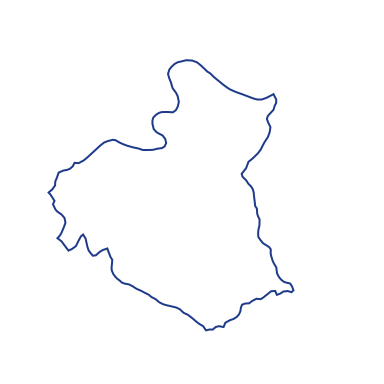 the district of Bariri, São Paulo, Brazil, rotated 113°
{"feature_id": "56859067B75550214220270", "entity_name": "Bariri", "entity_type": "district", "adm_level": 2, "iso_a3": "BRA", "parent_name": "Brazil", "parent_adm1": "São Paulo", "projection": "orthographic", "projection_center": [-48.72, -22.06], "detail": "fine", "context": "isolated", "style": "outline", "palette": "blue", "viewbox_px": 384, "rotation_deg": 113, "n_neighbors": 0, "source": "geoboundaries", "source_scale": "gbopen_adm2", "svg_char_len": 2835}
<svg xmlns="http://www.w3.org/2000/svg" viewBox="0 0 384 384"><g transform="rotate(113 192 192)"><path d="M75.7,221.5L75.2,224.9L73.8,228.5L71.9,233.6L70.7,238.1L70.9,243.1L72.9,248.7L78.2,255.9L81.0,258.1L84.9,259.8L88.1,260.7L92.7,260.2L96.2,257.4L98.7,254.8L104.1,250.3L106.9,245.5L109.3,242.7L114.2,239.3L119.0,238.5L122.9,238.8L126.1,240.7L128.0,246.0L130.2,251.0L132.0,253.2L134.8,255.2L138.5,256.7L141.5,256.4L144.6,255.1L149.0,251.9L150.8,248.0L151.2,244.9L151.4,241.3L153.6,237.4L157.0,234.9L160.7,235.0L163.3,236.8L165.8,241.0L168.4,244.3L170.7,249.3L172.6,253.7L172.8,257.9L173.9,263.5L174.8,270.6L174.9,274.8L174.8,278.0L174.2,282.5L174.9,285.3L178.1,289.5L180.9,292.3L184.9,294.5L201.4,302.0L205.2,304.0L209.7,307.6L211.1,311.5L214.9,311.8L218.1,313.3L220.4,315.5L222.5,318.8L226.2,322.3L232.8,321.9L235.6,322.0L239.5,320.6L244.1,321.6L248.5,323.8L249.9,320.9L253.9,315.1L257.6,315.2L261.4,310.9L262.7,308.2L263.7,303.3L265.7,299.2L269.7,296.5L274.4,296.2L277.7,296.2L281.0,296.2L284.0,296.7L287.1,297.8L288.4,292.8L290.4,289.4L292.2,286.3L294.2,282.8L291.2,280.1L287.1,277.7L281.0,277.4L276.2,276.9L273.7,275.6L276.3,271.9L278.9,270.0L283.0,267.1L286.2,264.3L287.8,261.6L289.4,258.4L287.8,255.7L283.4,253.7L280.3,251.5L277.1,247.9L283.5,241.8L285.6,238.9L289.1,237.7L292.7,236.6L295.6,235.2L298.4,232.2L300.0,229.4L301.1,226.7L301.8,223.9L302.8,221.1L302.6,218.1L301.7,214.0L301.9,210.2L302.8,205.2L302.8,200.8L303.3,194.9L303.4,191.9L304.5,188.4L304.9,183.4L306.3,179.1L306.6,174.7L306.1,170.7L305.5,167.5L304.5,161.3L304.7,157.3L306.5,152.5L306.6,148.1L307.7,143.6L308.6,140.6L309.6,137.6L310.6,133.5L311.2,129.2L313.9,125.1L311.6,121.9L310.6,119.2L307.0,117.4L305.0,114.8L304.0,110.2L299.3,110.2L295.3,107.1L292.6,104.1L289.5,102.0L286.2,100.9L282.7,100.9L279.4,101.8L276.2,101.9L273.9,99.5L272.2,96.0L268.8,94.0L265.1,91.0L263.9,87.1L261.6,85.3L259.1,84.0L255.7,82.1L252.4,80.4L250.6,76.7L253.5,73.7L251.1,71.1L248.0,69.1L245.7,65.1L245.4,61.3L242.8,60.2L239.8,63.1L237.9,65.9L238.4,68.7L238.8,72.2L237.8,75.9L236.1,79.0L233.6,82.0L228.5,84.9L225.9,88.5L224.1,90.6L220.5,93.7L217.8,95.6L214.0,97.1L212.6,99.4L211.4,106.6L209.5,110.2L207.5,113.3L204.9,114.7L200.9,116.1L196.6,116.8L190.8,119.1L188.4,121.9L186.3,123.6L181.9,125.8L180.2,128.4L177.8,129.7L175.0,131.3L171.4,133.4L168.1,135.2L165.8,137.0L163.9,139.7L162.4,143.3L160.1,146.7L158.1,151.6L155.8,153.4L152.0,152.3L149.0,151.5L142.1,151.8L139.4,150.3L136.8,149.0L130.5,146.4L125.9,145.3L121.2,145.0L117.8,144.7L111.7,143.6L106.3,143.9L101.6,145.2L98.2,149.1L95.5,151.6L92.5,151.9L88.6,150.6L84.6,149.1L80.0,149.6L77.3,149.3L74.1,150.5L70.1,155.2L73.9,158.3L76.5,160.5L79.8,164.2L81.4,168.3L81.9,171.7L82.4,184.3L82.8,190.3L82.8,193.2L82.7,197.1L82.1,200.7L81.0,205.2L78.4,214.1L77.4,217.4L75.7,221.5Z" fill="none" stroke="#1e3a8a" stroke-width="2"/></g></svg>